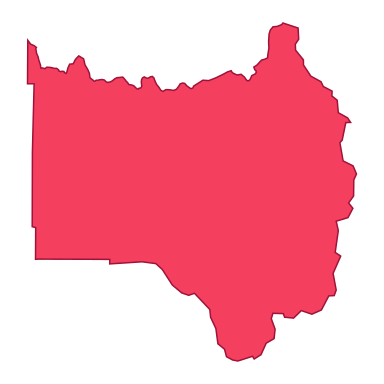 Grand, Colorado, United States of America
{"feature_id": "52423323B77546934946548", "entity_name": "Grand", "entity_type": "district", "adm_level": 2, "iso_a3": "USA", "parent_name": "United States of America", "parent_adm1": "Colorado", "projection": "equal_earth", "projection_center": [-106.159, 40.085], "detail": "fine", "context": "isolated", "style": "filled", "palette": "rose", "viewbox_px": 384, "rotation_deg": 0, "n_neighbors": 0, "source": "geoboundaries", "source_scale": "gbopen_adm2", "svg_char_len": 2385}
<svg xmlns="http://www.w3.org/2000/svg" viewBox="0 0 384 384"><path d="M27.8,40.3L27.5,83.8L34.1,83.8L32.4,152.2L32.2,226.7L35.7,227.6L35.5,259.3L38.1,259.1L97.2,259.3L109.8,259.4L109.7,263.9L142.0,261.8L155.8,263.6L162.3,269.5L172.3,285.0L181.7,292.9L188.7,295.3L194.5,293.3L209.8,309.5L210.6,317.3L215.9,328.6L217.9,343.8L224.5,349.2L226.5,356.7L232.6,360.0L237.9,361.0L252.5,356.3L254.2,359.0L261.0,354.7L266.2,343.2L274.1,338.6L275.1,329.2L271.3,318.7L272.9,313.3L283.3,313.6L284.6,317.2L293.6,318.1L301.3,310.6L311.9,314.2L321.4,310.0L328.8,295.9L334.2,295.6L336.2,290.1L333.1,273.4L340.7,256.1L335.2,252.4L338.3,230.6L336.2,221.2L348.0,217.6L352.9,208.3L348.6,203.0L353.6,196.0L353.8,179.9L356.5,174.0L353.1,165.9L343.1,160.9L339.9,142.7L342.2,140.1L345.8,122.6L350.6,122.4L347.6,117.9L338.3,112.7L337.2,100.2L331.9,96.0L332.1,91.1L323.3,86.5L321.0,81.7L310.9,76.2L303.5,65.0L303.4,59.8L295.6,50.2L295.3,44.3L298.7,39.2L298.1,28.0L282.9,23.0L281.7,24.6L277.1,26.4L273.0,26.8L270.3,30.1L269.1,33.9L268.6,41.6L268.9,48.1L267.8,55.0L267.6,57.8L265.1,59.1L261.5,60.1L256.9,65.1L253.8,67.1L254.8,69.8L255.8,70.5L256.3,72.2L255.4,73.8L251.8,75.6L250.5,78.6L249.7,80.0L248.1,80.9L246.8,80.4L244.4,77.1L241.1,74.3L236.9,75.0L232.3,72.7L231.2,70.7L227.5,71.9L223.5,74.1L215.7,77.9L208.7,80.6L202.9,80.2L197.4,83.7L193.5,86.2L193.1,87.7L191.6,88.6L190.1,88.2L187.0,86.0L184.7,83.4L182.5,83.0L180.0,84.0L178.9,86.0L176.5,89.2L173.8,90.4L171.8,90.1L169.1,89.7L165.9,89.6L163.0,91.4L160.7,90.2L159.1,87.5L156.6,84.4L155.7,82.5L154.5,79.7L153.9,77.9L152.3,76.4L150.2,76.9L148.9,77.8L147.9,78.2L146.7,78.2L145.3,77.4L144.2,76.9L142.5,77.9L141.6,79.7L141.3,81.8L141.6,84.9L141.8,86.2L140.9,87.9L138.9,88.3L138.1,89.1L136.9,88.8L135.6,87.6L133.7,85.7L131.0,84.8L128.6,84.4L127.7,82.6L126.3,81.3L124.8,79.3L122.8,77.1L120.0,77.4L116.9,77.7L114.6,78.9L112.4,80.8L110.3,81.9L107.5,82.4L106.0,81.7L104.3,80.0L102.1,79.5L99.4,79.8L98.1,80.2L96.1,80.2L95.3,81.0L94.1,81.2L93.0,80.1L90.0,77.8L89.4,73.3L87.9,69.8L85.0,64.8L83.6,58.8L78.8,55.9L76.9,57.8L75.3,59.6L73.2,63.8L69.6,64.2L67.9,68.0L67.0,71.5L66.1,73.4L64.3,72.6L64.0,71.5L62.1,71.2L60.9,71.7L58.7,70.8L58.6,69.8L56.5,68.3L54.6,68.4L50.4,67.4L46.8,67.2L45.1,68.6L42.1,67.9L40.9,68.1L40.6,66.9L40.6,65.5L38.7,59.7L38.2,57.1L36.6,53.4L35.8,48.6L36.4,47.4L34.0,45.6L30.6,44.1L27.8,40.3Z" fill="#f43f5e" stroke="#9f1239" stroke-width="1.5"/></svg>